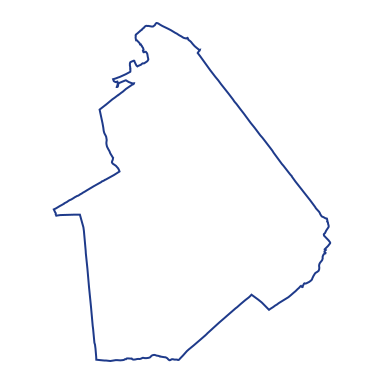 Movileni, Olt, Romania (Mercator projection)
{"feature_id": "2599482B98739710424204", "entity_name": "Movileni", "entity_type": "district", "adm_level": 2, "iso_a3": "ROU", "parent_name": "Romania", "parent_adm1": "Olt", "projection": "mercator", "projection_center": [24.631, 44.384], "detail": "fine", "context": "isolated", "style": "outline", "palette": "blue", "viewbox_px": 384, "rotation_deg": 0, "n_neighbors": 0, "source": "geoboundaries", "source_scale": "gbopen_adm2", "svg_char_len": 5828}
<svg xmlns="http://www.w3.org/2000/svg" viewBox="0 0 384 384"><path d="M179.9,358.7L183.0,355.5L186.8,351.2L188.8,349.4L193.7,345.4L197.3,342.3L205.5,335.2L206.8,334.0L207.2,333.5L213.0,328.2L219.4,322.4L235.5,308.4L237.1,307.2L240.8,303.9L245.3,300.1L248.7,297.5L250.2,296.1L251.5,294.7L258.2,299.6L261.2,302.0L262.0,302.7L269.0,309.8L270.1,309.0L273.1,307.1L275.4,305.4L276.7,304.7L278.8,303.1L288.4,297.2L290.7,295.3L293.8,292.6L295.5,291.2L297.5,289.2L299.0,287.9L300.3,286.4L301.0,285.9L301.9,286.9L302.2,287.1L302.7,286.9L302.8,286.0L303.0,285.6L304.0,283.7L304.3,283.4L304.5,283.3L305.2,283.5L305.8,283.5L306.4,283.3L309.2,281.9L310.8,280.7L311.9,279.6L312.4,278.2L313.5,275.9L315.1,273.3L315.7,272.8L317.2,271.9L318.5,270.9L319.1,269.6L319.2,268.8L319.3,267.7L319.1,266.1L319.1,265.6L319.3,264.4L319.6,263.6L320.1,262.7L321.9,260.5L322.2,260.0L322.7,258.3L322.6,257.5L322.7,256.4L323.4,254.8L323.8,254.2L324.5,253.7L325.4,253.4L325.5,252.8L324.9,252.5L324.7,252.6L324.5,252.1L324.5,251.3L325.8,250.0L324.8,249.2L326.9,247.1L328.0,246.0L330.1,243.3L330.2,242.9L330.1,242.5L329.9,242.1L328.7,240.5L324.2,235.8L324.0,235.6L323.9,234.7L323.8,234.4L323.9,234.1L324.1,233.9L325.0,233.1L326.2,230.6L328.5,227.2L328.7,226.2L328.5,225.1L328.1,223.9L328.0,222.9L327.9,222.5L327.8,222.2L327.5,222.0L327.5,221.7L327.2,221.5L327.1,221.3L327.2,221.1L327.4,220.9L327.4,220.6L327.0,219.0L326.9,218.6L326.2,218.4L325.7,218.4L325.3,218.2L323.6,217.2L321.9,216.5L321.3,215.8L320.4,214.4L320.2,214.0L319.9,213.2L319.1,211.8L315.8,208.2L315.7,207.9L315.0,206.8L310.1,200.2L303.1,191.3L302.1,190.0L295.4,181.5L292.1,176.9L291.8,176.5L291.7,176.0L290.7,175.0L289.7,173.8L283.4,165.7L281.9,164.0L273.6,152.7L272.5,150.9L271.4,149.4L265.5,141.7L262.4,137.7L260.2,135.2L254.8,128.0L250.6,122.8L245.3,115.6L243.6,113.3L241.1,110.1L240.5,109.3L240.1,108.8L239.5,108.0L236.5,104.0L234.5,101.7L233.8,100.7L233.1,99.6L228.6,93.7L221.0,84.1L218.3,80.4L215.3,76.8L210.3,70.3L200.3,56.4L197.7,53.0L198.2,52.2L198.9,51.2L199.7,50.5L199.9,49.8L199.5,49.9L199.1,49.8L196.7,47.9L194.6,46.1L192.7,44.0L191.1,42.0L190.3,41.2L188.5,39.9L188.3,39.5L187.9,38.4L187.3,38.5L187.2,38.0L186.5,38.3L185.8,38.4L184.1,38.0L183.2,37.6L181.2,36.3L179.3,35.3L176.6,33.5L175.5,33.0L170.9,30.2L168.2,28.8L162.4,26.0L160.1,24.7L158.3,23.5L157.2,23.1L156.5,23.0L156.2,23.2L155.6,23.8L154.8,25.2L153.0,26.5L151.5,26.5L148.3,25.9L147.4,26.0L146.7,25.8L146.0,25.9L145.2,26.3L144.1,27.4L143.8,27.9L142.7,28.6L142.3,29.2L141.9,29.5L141.8,29.8L141.5,30.1L141.1,30.3L140.9,30.3L140.4,30.6L140.1,31.1L138.5,32.4L137.9,33.0L135.9,34.6L135.6,35.3L135.8,35.8L135.6,37.1L135.6,37.5L135.8,39.0L136.1,40.3L136.9,40.3L137.6,41.1L138.8,42.3L139.1,42.6L139.7,43.4L140.0,44.4L140.2,44.6L140.8,44.4L141.1,44.9L141.3,45.4L141.8,45.8L141.9,46.4L142.6,47.3L143.1,48.1L143.4,49.2L143.6,49.9L143.5,50.0L143.1,50.3L143.0,50.5L142.9,50.7L143.0,50.9L143.5,52.2L143.8,52.3L145.2,51.8L145.8,51.8L146.1,52.1L146.9,53.1L147.3,54.0L147.8,57.0L148.2,58.6L148.3,59.6L147.6,60.8L147.2,61.3L144.2,63.3L143.7,63.4L143.1,63.3L142.7,63.3L141.8,63.9L141.0,64.7L138.0,66.0L137.4,66.4L136.5,65.6L136.1,64.9L135.4,63.5L134.5,61.6L134.4,61.2L134.3,60.8L134.1,60.7L133.7,60.7L131.1,61.8L130.3,62.3L130.2,62.4L129.9,63.5L129.9,65.6L130.2,67.0L130.2,68.0L130.4,68.4L130.4,68.9L130.2,69.0L130.2,69.4L130.4,70.2L130.4,71.2L130.3,71.3L130.2,71.7L130.2,71.8L129.7,72.1L128.4,72.8L125.8,74.2L119.4,77.1L118.4,77.4L115.5,78.5L113.1,79.2L113.8,81.1L114.5,81.6L115.7,82.1L117.4,81.6L117.6,82.1L117.7,82.8L117.6,84.5L117.4,85.4L117.0,86.4L116.9,86.5L116.8,87.0L117.0,87.0L117.5,86.9L117.8,86.5L118.0,86.0L118.4,83.5L119.2,83.0L122.0,81.8L125.2,80.5L125.9,80.3L128.7,82.0L132.1,83.3L132.9,83.4L134.0,83.3L133.9,83.7L133.1,84.3L132.9,84.2L125.9,89.0L122.8,91.7L121.1,92.9L118.3,95.1L118.2,95.0L114.7,97.7L112.4,99.3L106.9,103.9L99.6,109.6L102.5,123.2L103.3,127.7L103.7,130.8L104.1,132.4L104.5,133.5L105.7,135.7L106.2,136.9L106.3,137.6L106.7,140.0L106.4,142.3L106.4,143.7L106.5,144.3L106.8,145.8L107.0,146.6L107.5,147.6L108.2,149.0L109.3,150.9L109.8,152.0L110.0,152.7L110.5,153.7L112.8,157.5L113.1,157.8L112.9,158.7L112.8,159.5L112.7,159.9L112.4,160.6L112.1,161.3L111.9,162.2L112.0,162.6L112.8,163.7L113.7,164.3L114.3,164.7L115.9,165.8L117.3,167.4L118.2,168.4L118.7,169.5L119.1,170.3L119.5,171.5L114.0,175.0L105.5,179.7L104.8,179.9L104.4,180.3L102.8,181.1L101.9,181.4L101.3,182.0L93.8,186.2L86.6,190.5L85.2,191.4L82.7,192.8L81.5,193.7L80.3,194.2L79.6,194.8L78.3,195.6L76.8,196.1L76.0,196.6L74.5,197.4L74.0,197.8L71.4,199.4L69.3,200.3L67.4,201.6L66.9,202.0L64.3,203.3L63.7,204.0L63.1,204.2L61.6,205.1L61.2,205.3L59.7,206.1L58.9,206.6L56.1,208.3L53.8,209.4L55.2,212.4L55.6,212.9L55.8,213.5L55.7,214.0L55.7,214.4L56.3,215.7L56.6,215.6L60.1,215.1L62.6,215.0L73.2,214.7L79.9,214.7L80.9,218.3L83.4,227.3L83.9,230.9L85.7,251.0L85.8,253.1L87.4,268.5L89.0,286.9L91.0,306.9L92.7,325.8L93.1,328.9L94.4,342.7L95.0,344.7L95.5,348.7L96.2,357.0L96.3,359.7L100.0,360.1L104.1,360.5L105.8,360.5L108.5,360.8L109.3,360.9L110.4,361.0L113.5,360.5L115.9,360.1L116.7,360.1L119.5,360.3L120.9,360.3L122.8,360.1L123.9,359.9L125.0,359.2L126.0,359.2L126.5,358.6L126.8,358.5L127.8,358.4L130.9,358.6L131.4,358.5L131.8,358.6L132.1,359.1L132.9,359.5L133.6,359.6L135.1,359.5L137.2,359.0L138.5,358.9L139.1,359.0L139.7,359.0L141.1,358.6L142.5,357.9L143.0,357.8L144.6,358.1L145.6,358.1L146.7,358.1L148.8,357.8L150.1,357.3L151.4,355.9L152.3,355.3L153.5,355.0L154.3,354.9L155.3,355.1L156.6,355.6L158.1,355.8L159.1,356.1L160.3,356.4L160.3,356.6L161.2,356.7L164.3,357.2L165.6,357.3L167.2,358.2L167.5,358.5L168.2,359.3L168.8,359.8L169.4,360.2L169.6,360.2L170.2,360.1L170.6,360.0L170.9,359.7L171.6,359.3L172.8,359.2L174.4,359.6L176.6,359.6L177.0,359.6L177.7,359.9L178.2,360.0L178.9,359.8L179.1,359.6L179.5,359.2L179.9,358.7Z" fill="none" stroke="#1e3a8a" stroke-width="2"/></svg>